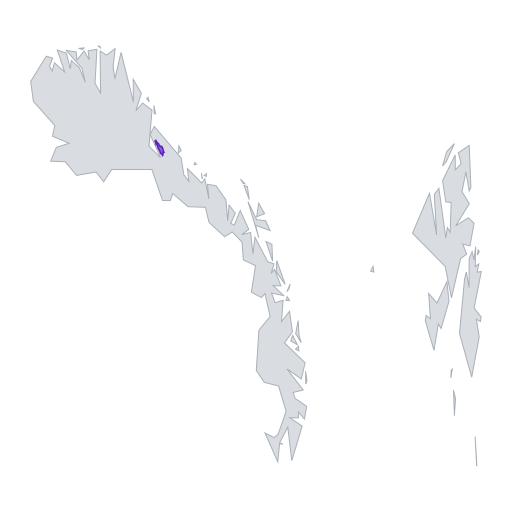 location of Verran nor, Nord-Trøndelag, Norway, rotated 90°
{"feature_id": "86288312B18564926842494", "entity_name": "Verran nor", "entity_type": "district", "adm_level": 2, "iso_a3": "NOR", "parent_name": "Norway", "parent_adm1": "Nord-Trøndelag", "projection": "natural_earth1", "projection_center": [10.876, 63.943], "detail": "fine", "context": "in_parent", "style": "filled", "palette": "violet", "viewbox_px": 512, "rotation_deg": 90, "n_neighbors": 0, "source": "geoboundaries", "source_scale": "gbopen_adm2", "svg_char_len": 5467}
<svg xmlns="http://www.w3.org/2000/svg" viewBox="0 0 512 512"><g transform="rotate(90 256 256)"><path d="M316.5,241.9L293.6,247.0L297.5,250.5L292.2,260.6L265.6,256.5L260.0,268.6L242.1,270.0L232.0,279.7L236.7,287.4L222.4,303.0L207.3,306.6L206.7,324.0L193.5,339.2L200.6,341.7L200.5,349.5L169.5,360.1L169.5,400.3L181.8,408.3L172.0,415.9L175.4,435.4L161.8,446.7L161.2,461.3L147.4,455.7L143.3,442.9L136.2,459.5L125.5,457.2L101.4,478.6L81.4,481.3L56.2,465.7L58.1,459.4L66.3,462.6L70.9,459.7L62.8,457.6L71.9,447.4L50.0,454.7L53.2,445.6L68.9,441.7L60.6,440.7L67.8,432.6L82.5,426.6L68.1,430.2L50.5,445.7L51.9,435.8L60.1,435.1L51.0,428.0L59.8,422.7L50.8,423.9L49.3,415.1L83.4,417.0L93.1,411.4L51.0,411.9L55.1,405.4L48.6,396.9L66.7,398.9L78.7,397.1L52.4,390.9L101.9,378.6L79.3,378.8L93.3,370.7L110.7,376.1L103.1,369.4L110.1,360.0L146.2,363.0L157.7,351.4L134.5,361.9L126.5,357.7L158.1,330.8L174.7,328.2L181.3,323.2L168.6,324.5L183.0,310.3L178.9,307.2L199.0,303.1L184.3,304.5L185.7,296.0L199.9,286.1L220.8,284.3L205.1,282.9L213.3,276.7L223.5,281.3L225.0,277.7L210.6,271.8L229.5,263.2L234.6,270.3L232.5,261.4L253.8,259.1L237.3,257.0L261.7,244.3L263.9,237.9L273.5,241.0L269.4,237.5L285.9,231.1L285.6,238.8L295.6,228.3L293.1,240.5L302.7,236.9L300.3,228.9L321.6,230.5L311.3,222.5L331.8,219.6L342.9,227.5L362.8,206.9L379.0,210.7L369.0,225.0L390.0,208.8L392.4,218.9L398.4,216.9L406.4,205.3L419.0,207.6L412.1,213.5L417.9,213.7L417.8,222.2L426.1,209.8L460.6,220.2L427.2,224.2L442.5,232.3L462.0,234.2L433.0,247.0L437.6,237.8L434.1,233.8L411.3,225.9L386.0,233.4L382.4,247.6L370.5,255.7L330.3,253.1L316.5,241.9ZM223.3,37.9L245.9,42.1L244.1,49.2L254.1,45.4L258.5,51.4L297.9,60.5L266.5,66.8L233.2,99.5L193.2,82.5L235.0,75.4L194.4,77.7L188.4,73.1L238.1,66.2L227.7,64.6L232.3,61.8L202.4,60.8L201.9,66.2L180.7,69.4L155.0,56.8L169.8,56.7L163.7,50.8L152.8,53.7L145.4,42.8L187.7,41.1L190.9,42.8L171.8,46.1L191.7,50.0L203.7,42.7L225.8,56.3L217.8,43.7L223.3,37.9ZM271.5,30.7L308.0,37.9L317.1,30.8L321.5,31.6L319.3,35.6L336.9,32.8L377.2,40.3L333.3,52.5L278.7,47.4L272.1,45.7L287.5,43.0L258.5,42.8L251.7,39.9L259.9,38.1L246.6,36.3L266.6,36.8L264.0,33.2L272.2,34.9L271.5,30.7ZM301.3,63.0L328.5,70.9L324.0,73.7L350.3,78.0L320.9,86.7L315.4,85.9L318.7,81.6L293.5,83.3L303.1,75.0L281.7,65.1L301.3,63.0ZM225.3,256.4L237.7,253.2L201.7,264.0L219.8,255.3L220.6,246.5L230.6,241.9L225.3,256.4ZM244.3,240.1L261.1,239.4L241.5,246.0L244.3,240.1ZM260.7,235.2L284.4,226.8L272.0,235.7L260.7,235.2ZM143.6,57.6L161.7,65.8L165.9,69.4L151.6,65.3L143.6,57.6ZM213.6,247.4L216.8,255.3L203.3,253.3L213.6,247.4ZM342.7,210.8L333.7,216.3L320.6,213.9L335.5,212.9L342.7,210.8ZM344.7,214.7L341.0,221.2L335.4,219.4L344.7,214.7ZM186.6,264.6L199.5,262.8L185.5,268.0L186.6,264.6ZM465.3,35.4L436.6,36.9L466.2,35.1L465.3,35.4ZM398.6,56.5L415.7,57.6L390.1,58.5L398.6,56.5ZM371.3,206.4L380.9,205.0L384.1,206.3L371.3,206.4ZM350.9,213.1L349.2,216.5L346.4,213.6L350.9,213.1ZM300.4,222.5L300.5,226.0L296.7,224.8L300.4,222.5ZM272.1,138.2L271.1,141.4L266.4,138.9L272.1,138.2ZM378.0,61.2L370.2,60.8L369.2,59.7L378.0,61.2ZM150.5,330.8L153.0,333.8L145.9,333.1L150.5,330.8ZM283.9,221.8L288.8,223.1L291.7,225.1L283.9,221.8ZM251.6,32.7L255.0,34.6L249.9,33.9L251.6,32.7ZM113.6,357.8L105.4,358.1L114.0,356.4L113.6,357.8ZM101.8,362.8L98.7,365.3L97.3,364.0L101.8,362.8ZM183.4,268.8L179.1,271.6L183.8,266.9L183.4,268.8ZM49.5,429.3L48.4,433.4L47.9,428.0L49.5,429.3ZM175.6,307.8L173.7,305.5L176.3,305.6L175.6,307.8ZM444.3,229.1L443.6,231.9L443.2,231.4L444.3,229.1ZM177.9,310.1L173.2,310.6L178.9,309.5L177.9,310.1ZM164.3,315.5L164.7,317.8L162.5,317.1L164.3,315.5ZM47.8,411.6L45.8,414.2L46.3,412.1L47.8,411.6Z" fill="#d9dde1" stroke="#a8b0b8" stroke-width="1"/><path d="M144.2,355.5L143.9,355.6L143.6,355.7L143.5,355.8L143.4,355.8L143.5,355.7L143.4,355.6L143.5,355.6L143.8,355.5L144.0,355.4L144.2,355.2L144.3,355.2L144.5,355.1L144.7,354.9L144.8,354.9L145.0,354.8L145.2,354.7L145.4,354.7L145.5,354.6L145.8,354.5L146.1,354.5L146.1,354.4L146.5,354.3L146.9,354.3L146.9,354.2L147.0,354.2L147.3,354.1L147.5,354.1L147.8,354.0L147.9,353.9L148.0,353.9L148.3,353.8L148.3,353.7L148.5,353.7L148.8,353.5L149.0,353.4L149.2,353.2L149.3,353.2L149.5,353.1L149.7,352.9L149.8,352.9L149.9,352.7L150.0,352.7L150.3,352.7L150.4,352.4L150.6,352.4L150.9,352.3L150.9,352.2L151.0,352.2L151.3,352.1L151.5,352.0L151.7,351.9L151.8,351.9L152.1,351.8L152.3,351.8L152.4,351.7L152.5,351.7L152.9,351.6L153.0,351.6L153.1,351.4L153.3,351.4L153.5,351.3L153.6,351.2L153.8,351.0L153.8,350.9L153.7,350.8L153.7,350.7L153.6,350.4L153.7,350.2L153.8,350.1L153.8,349.9L154.0,349.9L154.4,349.9L154.5,349.8L154.9,349.7L155.1,349.6L155.3,349.6L155.5,349.5L155.6,349.4L155.4,349.3L155.1,349.4L155.3,349.2L155.1,349.1L154.8,349.2L154.7,349.2L154.2,349.1L153.9,349.1L153.7,349.0L153.4,349.1L153.1,349.0L153.1,348.8L152.8,348.6L152.7,348.6L152.4,348.5L152.3,348.4L152.2,348.5L152.2,348.4L152.1,348.5L151.2,348.4L148.2,349.4L147.3,349.6L147.2,349.7L147.1,349.8L147.2,350.0L147.1,350.3L146.5,350.7L146.4,350.7L146.4,350.8L146.2,350.9L146.2,351.0L146.4,351.2L146.6,351.4L146.6,351.5L146.4,351.6L146.4,351.8L146.2,351.9L146.2,352.0L145.9,352.2L145.8,352.3L145.5,352.6L145.4,352.8L143.7,353.4L143.1,354.3L142.3,354.8L142.1,355.1L141.7,355.5L141.1,356.4L140.8,356.0L140.5,356.1L140.8,356.3L140.8,356.5L141.0,357.0L141.3,356.9L141.7,356.7L142.3,356.4L142.6,356.4L142.9,356.3L143.2,356.2L143.5,356.0L144.0,355.9L144.5,355.9L144.4,355.7L144.2,355.5L144.2,355.5Z" fill="#8b5cf6" stroke="#5b21b6" stroke-width="1.5"/></g></svg>